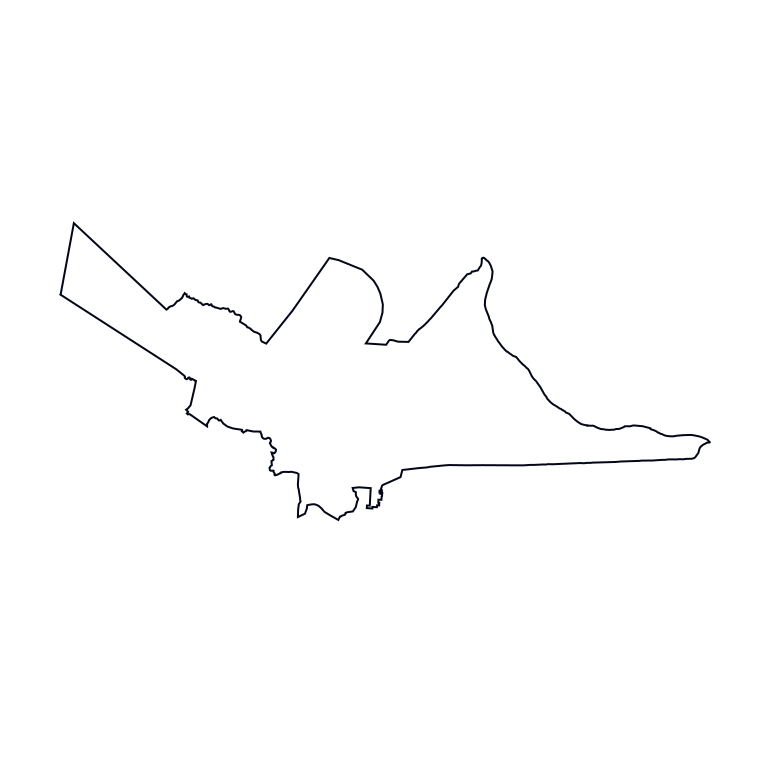 the district of Siak, Riau, Indonesia, rotated 4°
{"feature_id": "22746128B48036345674071", "entity_name": "Siak", "entity_type": "district", "adm_level": 2, "iso_a3": "IDN", "parent_name": "Indonesia", "parent_adm1": "Riau", "projection": "mercator", "projection_center": [101.837, 0.828], "detail": "fine", "context": "isolated", "style": "outline", "palette": "ink", "viewbox_px": 768, "rotation_deg": 4, "n_neighbors": 0, "source": "geoboundaries", "source_scale": "gbopen_adm2", "svg_char_len": 6160}
<svg xmlns="http://www.w3.org/2000/svg" viewBox="0 0 768 768"><g transform="rotate(4 384 384)"><path d="M63.4,245.2L55.2,317.1L55.0,317.4L175.9,383.9L184.3,389.8L185.0,390.6L184.8,391.7L185.3,392.3L186.6,393.0L187.9,392.4L188.2,391.5L188.4,391.3L189.6,391.1L190.5,392.1L190.3,392.9L190.7,393.2L191.3,393.2L191.5,392.5L191.7,392.2L192.2,392.2L193.7,393.1L194.8,393.3L195.3,394.0L196.2,394.1L195.3,401.4L192.5,418.8L189.8,422.4L188.4,423.4L190.6,425.5L189.4,427.2L190.5,428.0L192.2,427.6L210.5,438.6L210.3,436.0L211.4,434.3L211.9,432.5L213.2,430.7L215.1,429.4L216.8,428.8L218.2,429.9L220.1,430.1L221.5,431.7L222.7,431.9L223.6,431.2L226.4,434.6L229.2,436.4L231.2,437.5L236.6,438.9L245.6,439.6L245.8,440.0L245.5,441.1L246.0,441.3L247.1,442.3L248.1,441.3L249.4,440.8L249.8,440.5L249.8,439.9L250.1,439.6L256.9,440.5L264.0,440.1L264.5,441.6L265.4,442.8L265.4,443.5L265.9,445.3L267.2,446.6L268.1,447.0L270.0,446.9L270.5,446.7L271.8,445.8L272.7,445.7L273.6,446.0L274.2,446.4L275.2,448.4L275.1,449.5L274.3,450.6L274.3,451.1L274.9,451.8L275.1,452.5L276.5,454.4L276.9,454.5L277.4,455.1L277.9,455.0L278.1,455.3L278.5,455.3L278.8,455.8L279.8,456.0L280.9,457.1L280.6,459.1L279.8,460.3L279.1,460.8L278.6,460.8L277.8,460.3L276.6,460.2L277.3,462.0L277.7,462.6L277.7,463.2L278.6,464.2L279.1,466.7L278.9,467.6L278.3,467.7L277.8,468.4L277.1,468.8L277.8,472.9L276.9,473.5L275.7,475.6L275.8,476.4L276.3,478.0L276.7,478.3L277.4,478.4L278.8,478.3L279.3,478.1L279.9,478.3L279.9,479.3L281.3,481.2L281.4,481.8L281.1,482.2L281.4,482.6L282.2,482.6L284.8,481.5L286.4,480.3L286.6,480.4L287.3,480.2L287.6,479.3L290.5,478.6L295.9,478.4L297.5,478.0L303.2,478.8L305.1,479.9L305.1,489.9L305.3,491.9L305.8,494.0L306.3,495.0L306.7,497.3L308.2,503.3L308.5,505.8L309.0,506.9L307.4,509.9L307.1,514.9L307.4,522.7L314.2,518.9L315.7,513.7L315.9,510.2L319.9,509.2L322.6,508.8L325.3,509.3L327.7,510.4L330.5,512.6L333.4,515.6L338.7,518.4L347.9,522.8L349.3,519.4L350.0,519.3L350.5,518.9L350.8,518.5L354.0,517.2L354.0,516.8L354.3,516.7L354.7,515.9L354.7,515.3L355.2,515.3L355.6,514.8L356.2,514.5L361.8,513.3L364.4,508.9L365.5,502.7L366.2,501.3L366.2,500.5L364.1,497.9L363.6,496.3L363.5,493.9L361.1,492.9L360.0,489.9L366.2,488.8L378.0,488.8L378.3,506.3L375.5,506.4L375.5,509.0L381.1,509.0L381.0,507.4L385.5,507.4L385.6,505.5L387.6,505.5L387.6,503.5L387.2,503.8L387.0,502.9L386.6,502.8L386.5,499.8L389.5,499.7L389.5,496.4L389.8,496.2L389.9,492.8L388.4,492.8L388.4,493.8L388.0,493.8L388.0,492.7L387.5,492.7L387.5,492.2L387.2,492.3L387.3,491.5L387.0,491.5L387.0,490.8L389.4,490.8L389.4,490.3L388.6,490.2L388.6,489.9L388.0,489.9L389.3,485.4L389.7,484.9L407.0,475.7L408.3,468.5L424.9,465.4L432.8,464.2L436.2,463.3L451.1,460.8L454.9,460.3L472.3,459.3L487.8,458.1L528.0,455.5L536.6,454.4L538.9,454.3L549.1,453.1L550.7,453.1L553.4,452.5L557.7,452.3L585.8,449.1L587.5,449.2L589.6,449.0L591.5,448.6L596.0,448.2L597.5,447.9L620.6,445.6L625.6,444.8L644.9,442.8L645.8,442.5L657.2,441.6L666.5,440.3L669.3,440.1L673.1,439.4L681.2,438.8L683.8,438.4L688.1,438.2L690.5,437.6L695.7,437.2L698.4,436.4L699.7,435.2L702.4,430.8L703.2,426.7L703.6,425.7L704.2,424.6L706.2,422.6L710.6,419.9L712.6,419.7L713.0,419.3L710.6,417.0L705.2,415.1L702.6,414.4L696.2,413.5L693.7,413.4L685.8,414.2L679.6,415.2L675.8,416.1L672.1,416.2L669.1,416.0L667.6,415.7L664.5,414.5L663.3,414.4L661.6,413.4L661.0,413.5L658.9,412.2L656.6,411.3L653.1,410.5L652.9,409.6L645.2,408.1L636.6,407.9L635.1,408.1L632.5,409.0L627.7,409.3L626.9,409.5L626.3,410.2L621.8,412.4L618.9,412.7L616.3,413.6L612.8,413.9L611.8,414.2L610.3,414.0L609.5,414.2L604.6,413.7L603.9,413.9L599.6,412.6L596.0,411.1L595.0,411.0L594.1,411.2L590.8,411.2L590.3,411.6L589.6,411.4L590.2,411.4L590.3,411.1L590.1,411.0L589.3,410.9L589.0,411.2L583.3,410.2L582.7,409.7L580.6,408.7L576.7,406.1L570.7,400.8L567.7,399.9L566.7,398.9L564.6,397.9L564.3,397.5L563.3,397.3L562.4,396.6L561.0,396.2L557.6,394.2L554.5,392.7L551.4,390.6L548.2,387.6L547.1,386.2L546.9,385.5L544.8,383.3L540.3,376.4L535.4,370.4L533.4,368.8L531.1,366.2L527.6,360.2L526.3,358.7L525.1,358.0L523.2,356.2L521.6,355.2L517.9,352.0L513.9,347.8L511.0,347.0L506.6,344.4L505.0,343.2L504.4,343.2L502.5,341.7L498.9,338.2L496.3,335.0L494.5,333.1L494.3,332.6L491.1,328.3L490.9,327.7L490.3,327.2L489.3,324.8L487.9,318.2L486.8,316.1L486.4,314.9L485.2,313.0L484.4,311.3L484.1,310.0L480.4,302.4L479.1,298.4L479.0,292.8L480.2,285.9L482.5,277.1L483.3,274.9L484.2,271.3L484.5,264.3L482.5,259.0L480.4,255.5L479.2,254.3L477.1,253.0L476.9,252.6L475.0,251.2L474.3,251.1L473.6,251.3L473.4,251.8L473.0,251.8L472.8,252.1L473.0,256.2L472.6,258.7L472.5,259.3L471.2,261.1L469.7,264.2L468.1,264.5L465.6,265.5L464.0,265.6L462.8,267.6L459.3,268.8L452.0,278.6L451.5,279.9L451.2,281.8L447.0,285.9L436.2,301.8L435.2,302.9L426.5,314.8L424.4,317.3L423.6,318.4L419.5,323.1L416.3,326.1L415.0,327.0L414.5,327.9L413.5,328.8L412.4,330.7L411.4,331.7L405.5,340.3L395.2,340.8L390.5,339.8L387.6,339.6L386.8,339.7L385.8,340.6L383.4,344.7L363.1,344.8L375.6,322.5L377.5,313.0L377.3,304.7L374.1,294.2L370.8,287.7L366.5,281.7L354.3,271.5L330.1,263.6L320.7,262.1L287.7,317.1L263.7,351.9L259.0,350.1L258.1,348.5L257.4,344.2L256.8,343.3L255.2,342.3L253.5,341.6L250.8,341.0L250.0,340.5L248.2,339.3L247.1,338.3L244.9,337.1L243.8,337.0L243.4,336.7L243.1,336.4L242.8,335.6L242.3,335.2L236.8,332.3L236.2,332.2L235.9,331.7L236.9,327.8L236.8,327.0L236.2,326.1L235.5,325.5L234.2,325.1L232.4,325.2L230.9,324.8L230.4,324.4L229.2,322.2L228.8,321.9L228.1,321.8L226.3,322.6L225.2,322.6L224.4,321.6L224.0,320.6L223.1,319.7L220.6,320.0L219.1,319.6L218.1,319.5L215.8,320.5L211.6,319.5L209.9,319.4L209.6,319.0L208.6,318.5L207.5,318.5L207.1,318.2L206.3,316.6L205.7,316.6L204.9,317.4L204.1,317.6L202.4,316.4L201.6,316.4L199.1,317.2L198.7,317.7L197.9,317.9L195.3,315.7L193.5,315.5L193.0,315.1L192.4,313.7L191.8,313.5L190.1,313.4L188.1,311.8L187.4,311.9L186.5,312.4L185.1,311.8L184.0,311.6L183.5,310.3L181.7,310.8L180.9,309.8L180.9,308.4L179.5,308.0L178.9,307.3L177.5,309.4L177.4,310.2L176.3,312.6L175.8,312.8L175.3,313.6L174.4,314.3L173.7,315.1L171.8,315.9L169.4,319.3L168.5,320.2L167.1,321.0L165.9,321.3L163.8,322.7L163.1,324.0L161.8,325.0L63.4,245.2Z" fill="none" stroke="#020617" stroke-width="2"/></g></svg>